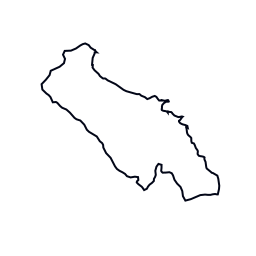 outline of Mersin, rotated 248°
{"feature_id": "TUR-2285", "entity_name": "Mersin", "entity_type": "Province", "adm_level": 1, "iso_a3": "TUR", "parent_name": "Turkey", "parent_adm1": "", "projection": "orthographic", "projection_center": [33.75, 36.714], "detail": "fine", "context": "isolated", "style": "outline", "palette": "ink", "viewbox_px": 256, "rotation_deg": 248, "n_neighbors": 0, "source": "natural_earth", "source_scale": "10m", "svg_char_len": 2582}
<svg xmlns="http://www.w3.org/2000/svg" viewBox="0 0 256 256"><g transform="rotate(248 128 128)"><path d="M212.4,126.6L212.1,126.6L210.9,126.8L209.9,127.3L210.1,126.9L210.5,125.4L209.4,124.8L206.2,121.5L200.0,118.3L199.6,119.0L197.3,117.8L194.1,118.6L189.1,121.0L186.8,121.4L186.0,121.8L183.7,123.1L183.2,123.5L182.5,125.3L182.1,125.7L179.8,127.0L173.2,133.0L165.0,138.2L162.7,140.3L156.2,148.7L155.6,150.1L155.3,151.1L154.5,151.7L153.0,152.4L150.3,155.2L147.6,156.7L147.5,159.2L147.9,162.2L147.7,164.8L146.2,166.0L143.9,166.5L141.8,167.2L141.0,169.2L141.4,169.1L141.7,168.8L141.5,169.4L140.1,171.3L139.4,172.5L139.2,173.9L139.1,175.0L138.7,175.7L137.3,175.7L137.3,175.1L138.1,173.4L137.7,170.8L136.5,168.4L135.0,167.4L133.8,167.0L132.9,166.3L132.0,166.1L130.8,167.1L129.4,169.4L128.7,170.2L127.4,170.6L128.0,170.8L128.4,171.3L127.6,172.1L126.5,174.1L125.6,174.5L124.8,174.6L122.2,175.7L121.7,176.2L119.3,178.7L119.0,179.7L118.5,182.3L118.0,182.9L117.8,182.3L115.9,179.3L115.6,178.0L114.9,177.7L113.9,177.9L112.8,178.3L111.0,179.9L109.3,182.2L107.7,183.8L106.0,183.5L107.0,182.9L107.0,182.2L105.3,182.0L102.0,181.1L100.5,180.9L98.8,181.2L96.1,182.6L95.0,182.9L92.1,181.8L90.4,181.6L89.0,183.3L87.4,183.5L84.0,183.4L81.7,184.0L80.8,184.1L79.9,183.9L78.3,183.0L77.5,182.8L75.7,183.3L74.8,184.5L74.0,185.9L73.0,187.3L72.2,187.9L71.9,187.9L71.6,187.6L70.9,187.3L69.9,187.1L67.5,187.2L62.4,185.9L61.0,185.8L56.0,188.5L55.2,188.8L54.5,189.8L50.4,193.0L47.1,192.7L40.3,191.0L37.3,189.5L32.8,186.4L33.0,185.8L34.2,184.0L34.8,181.7L35.1,179.4L36.2,176.8L37.4,174.5L38.7,169.9L38.5,159.5L39.2,154.0L44.2,153.4L49.2,154.7L53.7,154.6L58.1,152.7L62.6,151.7L67.2,152.0L69.7,151.6L71.5,149.8L72.5,146.4L73.6,143.4L74.6,142.9L75.8,142.7L78.4,144.1L81.3,145.3L83.3,142.8L81.5,139.9L78.1,137.3L74.1,136.2L72.5,134.8L71.1,133.0L69.2,132.1L68.1,129.6L67.4,126.8L66.2,124.6L64.6,122.7L64.4,119.7L67.3,119.1L68.5,118.7L72.0,116.6L74.2,115.7L75.2,116.3L75.4,117.0L75.9,118.1L78.7,118.9L80.3,116.1L81.2,111.9L83.7,109.0L86.5,108.1L89.0,106.3L91.5,104.1L94.2,102.4L97.3,101.6L106.9,100.7L112.9,98.3L119.1,97.8L121.7,98.6L123.6,98.4L126.3,96.9L131.8,95.9L139.1,90.4L141.8,89.2L147.5,88.7L152.8,86.6L155.4,83.5L157.4,82.2L164.0,79.9L168.2,77.8L171.5,74.5L173.8,73.3L177.8,71.9L179.1,70.9L180.0,67.9L185.7,67.7L188.2,66.8L190.5,65.3L195.7,63.0L201.0,64.3L203.5,69.9L206.4,75.1L210.0,77.8L210.4,87.5L212.1,92.9L215.7,95.5L220.3,95.2L223.2,98.2L221.1,104.1L221.2,109.5L222.4,114.8L222.7,117.4L222.4,120.0L219.6,122.6L216.4,123.5L212.4,126.4L212.4,126.6Z" fill="none" stroke="#020617" stroke-width="2"/></g></svg>